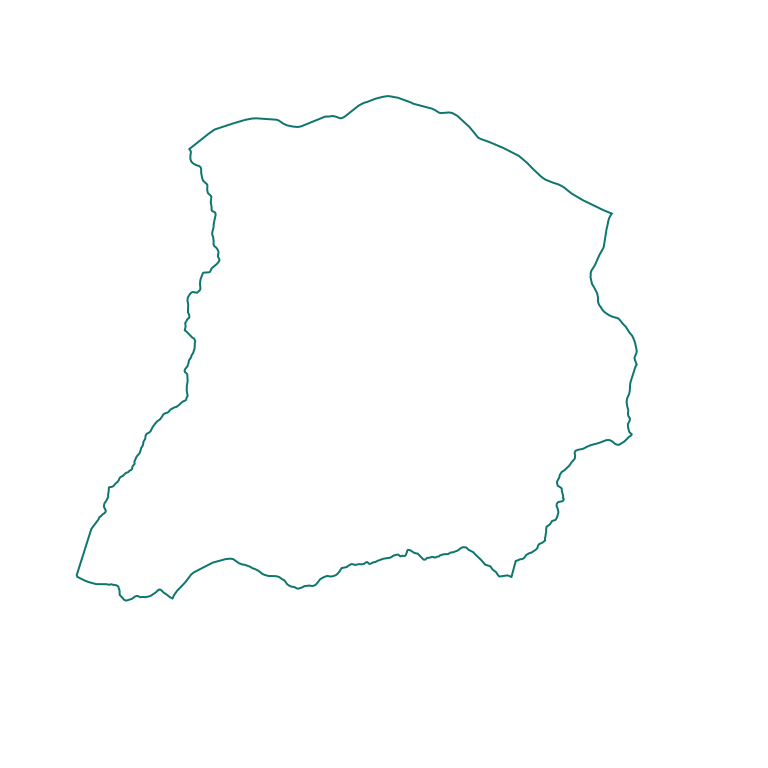 outline of Passabe, Ambeno, East Timor, rotated 16°
{"feature_id": "22284137B78589082369873", "entity_name": "Passabe", "entity_type": "district", "adm_level": 2, "iso_a3": "TLS", "parent_name": "East Timor", "parent_adm1": "Ambeno", "projection": "natural_earth1", "projection_center": [124.316, -9.462], "detail": "fine", "context": "isolated", "style": "outline", "palette": "teal", "viewbox_px": 768, "rotation_deg": 16, "n_neighbors": 0, "source": "geoboundaries", "source_scale": "gbopen_adm2", "svg_char_len": 6165}
<svg xmlns="http://www.w3.org/2000/svg" viewBox="0 0 768 768"><g transform="rotate(16 384 384)"><path d="M132.1,211.8L134.0,213.4L134.5,214.4L135.0,218.1L135.8,220.9L137.3,223.2L139.5,224.5L143.1,225.4L146.1,225.4L147.0,225.7L148.3,226.6L149.0,227.7L150.0,231.3L152.6,236.5L154.2,238.5L159.0,240.9L159.7,242.4L160.4,245.8L162.0,248.9L165.5,250.8L166.5,251.9L167.4,257.2L169.4,261.2L170.2,264.0L171.2,265.1L173.9,265.5L175.1,266.6L175.6,268.3L176.1,276.4L177.1,281.2L177.0,283.9L177.4,287.1L179.8,290.8L180.0,291.8L180.9,293.7L181.7,297.0L183.0,298.3L185.0,299.1L186.3,300.0L187.5,301.3L188.7,303.0L188.8,305.5L189.2,307.2L190.8,308.8L191.7,310.2L191.5,311.8L190.2,314.8L186.5,320.1L185.8,324.1L185.0,324.9L180.1,326.6L179.5,327.1L179.3,327.8L178.8,333.6L179.0,335.9L179.5,338.4L181.2,342.8L181.2,344.3L180.8,345.3L179.1,347.8L174.8,348.3L173.7,349.1L172.5,351.4L171.6,355.1L172.0,357.8L173.9,361.6L175.7,369.0L177.6,371.2L178.3,372.7L178.5,373.9L177.0,376.2L176.7,378.5L176.1,380.1L177.5,383.6L177.7,387.3L179.8,388.1L186.7,392.1L189.0,392.8L190.7,394.7L190.9,397.0L192.1,401.7L192.0,406.8L191.1,409.6L191.2,411.5L190.0,415.0L190.3,417.9L190.2,421.0L188.9,424.1L188.6,426.2L189.4,427.4L191.7,428.5L192.3,429.1L194.4,435.2L195.0,440.3L196.2,444.8L198.5,449.5L198.0,451.8L198.1,453.4L197.8,454.4L195.3,456.5L193.8,458.7L193.3,459.8L190.8,463.2L188.9,464.3L185.8,467.4L184.5,470.4L183.6,471.3L181.5,472.6L180.0,474.5L179.8,476.0L178.5,479.6L176.2,482.5L174.9,485.2L173.5,489.1L172.6,493.8L171.7,495.3L169.8,497.1L169.2,498.4L169.1,499.6L169.6,502.5L168.7,505.7L169.1,509.0L169.0,510.1L168.2,512.4L168.3,515.4L168.0,518.3L166.3,521.7L165.8,524.8L165.5,527.7L166.3,529.4L165.0,532.4L165.2,535.4L164.6,536.3L163.2,537.6L162.4,539.2L160.3,540.8L158.2,544.5L156.9,545.5L156.2,546.4L155.7,547.6L155.6,549.3L155.0,551.4L153.3,553.7L152.2,556.6L150.7,557.9L148.6,558.8L148.1,559.5L149.0,563.4L149.2,566.3L150.0,568.5L149.3,572.5L148.2,575.7L148.3,578.5L149.5,580.3L151.4,582.2L151.6,583.6L151.0,585.1L149.7,586.5L148.3,589.1L147.4,590.1L147.0,591.3L146.9,592.8L142.6,604.0L141.3,652.5L142.4,653.9L150.3,655.4L154.4,655.8L162.5,655.7L172.6,652.9L174.9,652.8L177.0,651.7L178.8,651.7L181.7,651.3L183.1,651.4L184.4,651.9L185.7,654.1L186.7,655.3L188.0,659.5L193.8,663.1L195.9,663.3L200.8,660.1L203.2,656.9L204.9,655.9L205.9,655.7L208.4,656.2L210.8,655.2L213.6,654.6L217.1,652.7L218.4,651.6L221.1,648.4L222.5,646.6L223.4,644.7L224.6,643.5L226.2,643.4L230.0,645.4L232.0,645.9L237.3,648.0L239.8,648.4L240.4,644.7L242.2,639.6L247.5,629.7L251.2,620.2L253.2,617.4L268.6,602.9L280.0,596.0L284.5,594.2L287.3,593.9L294.2,596.3L297.8,596.5L299.7,596.2L305.3,596.5L308.2,597.3L311.4,597.5L313.9,598.0L316.4,598.7L319.2,600.0L321.8,600.4L325.7,600.4L333.1,598.5L336.3,598.4L339.3,599.5L342.4,600.2L346.2,603.2L348.9,604.1L351.1,604.3L353.5,603.9L357.2,604.6L358.6,604.0L361.6,601.9L363.3,600.2L367.9,598.3L370.8,598.0L372.8,596.7L373.6,595.9L375.1,592.8L376.5,589.1L377.3,588.3L379.8,585.9L382.1,584.3L382.9,584.0L385.4,583.9L387.7,583.0L390.3,581.1L391.4,579.6L392.9,576.6L393.9,572.7L398.7,570.2L399.6,568.8L402.2,566.2L403.7,565.8L406.1,565.9L410.0,563.9L412.3,563.5L414.5,562.3L415.4,560.8L416.7,559.9L417.2,559.9L419.2,560.9L420.5,560.6L422.6,558.6L424.7,557.5L426.5,555.8L431.6,552.1L437.8,549.3L440.9,546.0L443.2,544.6L444.9,544.1L447.2,545.2L449.2,543.9L450.9,543.9L451.6,543.3L452.0,542.6L452.3,540.6L452.3,537.5L452.8,536.8L454.6,536.5L459.8,538.0L463.3,537.8L469.7,541.5L470.8,541.9L471.3,541.8L472.4,541.1L473.1,539.6L473.5,539.2L475.5,538.5L477.6,537.1L478.7,536.7L480.5,536.9L481.4,536.5L482.5,535.5L484.3,534.6L485.1,533.3L487.7,531.6L489.3,530.8L492.4,529.9L494.7,527.5L496.7,526.8L500.7,523.8L503.2,520.4L505.0,519.0L508.2,518.5L510.8,520.0L516.2,521.1L518.2,522.4L526.3,526.6L531.0,529.8L536.5,529.9L539.4,532.3L543.8,534.1L545.7,535.9L547.7,537.2L548.4,537.1L555.5,533.9L559.7,534.3L559.4,517.8L561.3,516.6L562.9,515.1L565.0,514.2L566.1,513.3L567.0,511.9L567.6,509.7L568.1,508.8L570.4,506.5L571.9,505.7L575.6,501.5L576.7,499.3L576.6,497.3L577.1,495.3L580.1,492.8L582.0,490.0L581.1,487.6L581.3,486.0L580.8,484.0L580.9,482.5L579.9,478.9L579.6,476.6L580.1,475.7L582.0,473.5L583.4,469.3L586.2,467.5L587.0,465.1L587.1,462.2L587.0,459.2L585.4,456.1L583.5,453.7L583.1,451.8L583.5,450.4L584.1,449.4L586.4,448.3L588.1,447.2L588.6,445.5L588.4,444.8L587.4,444.1L587.1,442.2L584.5,438.0L583.6,435.5L582.6,434.9L579.0,433.9L577.4,431.0L577.2,430.2L578.3,425.4L578.0,423.2L579.0,419.7L581.1,417.3L584.5,411.7L586.0,407.2L587.8,403.6L587.9,402.4L587.4,399.9L586.3,398.0L586.4,395.6L588.5,393.8L593.2,391.5L596.0,388.7L599.6,385.8L606.6,381.6L613.3,376.6L616.1,375.8L618.3,376.0L620.8,376.9L622.4,377.8L624.6,378.1L626.8,377.6L630.5,373.5L632.0,371.1L634.0,367.4L635.9,365.1L635.9,364.0L633.6,362.9L632.8,362.2L630.4,358.1L629.5,355.3L630.3,351.6L629.9,349.3L627.5,347.2L626.5,344.6L626.1,342.0L624.4,339.2L622.1,334.3L621.7,330.8L622.4,325.8L622.0,322.2L620.6,316.1L620.5,312.0L620.9,298.9L621.1,296.8L621.6,295.8L617.8,290.6L617.6,288.9L618.1,284.6L618.0,283.2L617.1,281.0L613.6,274.6L611.1,271.3L609.1,269.1L605.6,266.8L601.0,262.6L597.5,260.6L592.5,257.1L590.6,256.3L585.5,256.4L581.5,255.9L576.4,254.2L573.6,252.6L570.7,249.9L569.4,249.1L568.1,247.5L566.8,245.6L566.0,242.0L563.7,237.9L559.8,233.7L556.4,230.5L553.0,224.3L552.6,221.7L552.1,220.8L552.1,218.0L554.0,211.5L555.5,200.6L557.3,192.9L557.4,191.2L555.2,173.6L555.1,170.0L554.7,166.2L554.7,162.6L555.5,158.7L556.0,157.4L546.8,156.4L524.5,152.5L511.8,149.2L502.0,145.1L497.0,144.1L491.2,143.9L482.5,143.0L477.8,141.3L467.9,136.2L460.8,132.1L450.9,127.6L434.2,124.3L417.9,122.3L409.2,121.8L406.5,121.2L395.5,113.5L380.3,105.9L375.0,104.7L371.8,105.0L364.0,107.9L362.0,108.0L358.6,106.9L354.5,106.1L335.1,106.5L331.9,105.9L318.4,105.0L311.3,105.7L308.2,106.2L302.9,108.7L296.9,112.3L290.9,116.9L286.8,119.6L282.8,123.5L272.5,137.9L270.6,139.7L268.6,140.7L263.7,140.3L260.9,140.5L257.5,142.0L253.7,143.2L233.3,159.2L230.3,160.7L225.8,161.6L219.7,162.1L215.5,161.5L210.2,159.7L207.7,159.6L188.1,163.8L184.2,165.1L177.9,168.3L167.3,175.0L151.0,186.1L146.7,191.4L132.1,211.8Z" fill="none" stroke="#0f766e" stroke-width="2"/></g></svg>